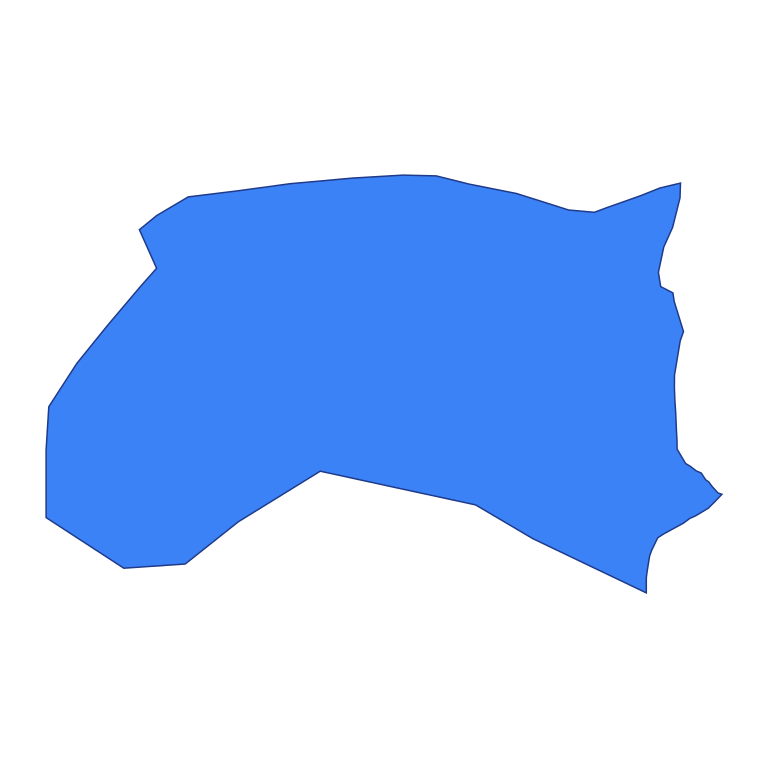 Bonneterre Gardens, Gros Islet, Saint Lucia
{"feature_id": "8701671B61716592772376", "entity_name": "Bonneterre Gardens", "entity_type": "district", "adm_level": 2, "iso_a3": "LCA", "parent_name": "Saint Lucia", "parent_adm1": "Gros Islet", "projection": "mercator", "projection_center": [-60.933, 14.067], "detail": "fine", "context": "isolated", "style": "filled", "palette": "blue", "viewbox_px": 768, "rotation_deg": 0, "n_neighbors": 0, "source": "geoboundaries", "source_scale": "gbopen_adm2", "svg_char_len": 980}
<svg xmlns="http://www.w3.org/2000/svg" viewBox="0 0 768 768"><path d="M646.3,592.9L646.3,580.0L646.4,577.1L647.2,570.9L649.6,556.0L651.8,550.0L657.7,537.8L663.7,533.9L670.5,530.2L683.5,523.1L689.8,518.4L695.5,515.9L703.0,511.4L708.3,508.2L716.1,500.4L721.9,494.3L718.0,493.0L712.2,486.6L708.8,482.0L705.6,479.7L701.2,473.0L696.2,470.9L690.6,466.5L685.6,463.5L677.1,449.1L677.0,440.3L676.4,429.8L675.7,412.7L674.9,400.9L674.4,387.6L674.5,375.1L680.2,340.9L683.5,331.6L674.2,301.4L672.9,292.9L660.7,286.6L658.4,272.3L663.8,246.9L672.6,227.4L680.0,197.9L680.5,183.1L660.2,187.9L640.6,195.7L607.5,207.4L594.4,212.3L568.6,210.0L516.5,193.5L468.6,184.0L436.3,175.9L403.0,175.1L352.2,178.1L290.1,183.7L238.7,190.7L188.2,196.9L156.6,215.6L139.4,229.7L156.6,268.3L140.9,286.0L108.2,324.6L76.9,363.3L48.8,406.7L46.1,450.1L46.1,517.6L123.8,568.2L185.2,564.0L238.3,521.8L320.2,471.2L397.9,488.1L475.6,504.9L532.9,538.7L646.3,592.9Z" fill="#3b82f6" stroke="#1e3a8a" stroke-width="1.5"/></svg>